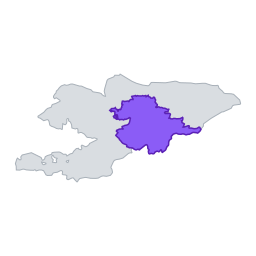 Naryn on a map of Kyrgyzstan (Albers equal-area conic projection)
{"feature_id": "KGZ-1118", "entity_name": "Naryn", "entity_type": "Region", "adm_level": 1, "iso_a3": "KGZ", "parent_name": "Kyrgyzstan", "parent_adm1": "", "projection": "albers", "projection_center": [75.468, 41.376], "detail": "fine", "context": "in_parent", "style": "filled", "palette": "violet", "viewbox_px": 256, "rotation_deg": 0, "n_neighbors": 0, "source": "natural_earth", "source_scale": "10m", "svg_char_len": 9164}
<svg xmlns="http://www.w3.org/2000/svg" viewBox="0 0 256 256"><path d="M51.9,152.9L52.6,152.5L54.7,152.2L59.1,152.0L60.5,152.4L63.4,154.3L65.7,154.2L66.1,154.4L66.9,156.0L70.2,153.9L72.5,153.3L73.7,151.2L76.3,148.6L78.4,148.3L78.4,148.7L78.8,149.1L80.9,149.8L81.5,149.1L81.9,148.2L81.2,146.6L81.2,146.0L82.0,145.1L85.3,146.6L86.1,146.6L87.6,145.9L89.1,144.5L89.6,143.4L96.7,139.9L97.2,139.3L97.1,138.8L94.2,137.8L92.9,138.3L91.7,138.2L91.0,137.7L87.5,137.4L86.7,137.0L84.5,134.2L81.6,132.5L80.2,132.5L78.5,133.1L78.0,132.8L78.0,130.3L77.7,128.8L76.7,128.4L75.4,129.0L71.9,128.0L71.6,124.8L70.4,122.0L68.6,120.9L68.6,119.2L68.0,118.5L67.4,118.6L66.7,119.4L66.9,121.3L66.6,123.1L66.1,124.0L65.3,124.7L64.4,124.6L62.8,123.6L62.3,129.2L62.0,129.5L60.1,128.6L58.5,128.9L56.3,128.4L54.6,127.4L51.3,126.2L49.8,125.1L49.0,121.3L48.1,120.0L47.3,119.6L43.7,120.7L40.2,118.2L38.4,117.6L37.9,116.9L38.1,116.1L43.8,112.3L46.2,109.5L47.6,108.4L51.1,107.3L52.1,104.8L52.4,104.5L55.9,103.4L60.0,101.3L60.1,100.7L59.7,100.1L56.3,97.8L54.5,98.7L53.5,97.4L53.5,96.2L54.8,94.1L55.9,93.1L56.4,91.0L57.9,89.7L59.4,87.6L61.3,85.9L64.6,84.7L66.4,85.3L68.2,85.0L70.9,84.0L72.5,84.0L79.3,86.0L81.5,86.1L86.8,88.5L90.9,89.7L92.9,91.8L99.5,92.9L101.3,93.6L102.0,94.6L103.8,95.9L105.5,96.3L104.2,91.2L104.8,88.3L107.1,80.3L108.2,79.1L113.7,76.9L114.9,75.2L118.8,75.3L119.6,75.0L120.1,74.1L132.0,81.3L136.5,83.3L142.8,85.1L148.2,85.8L149.1,85.3L151.2,82.5L152.2,82.4L165.5,82.8L174.9,81.2L176.3,81.3L179.8,82.7L191.0,83.0L195.5,83.8L202.4,83.3L205.4,83.3L210.7,85.1L212.6,85.5L216.1,85.6L217.4,85.3L218.2,85.7L219.0,88.2L222.5,91.2L223.7,92.9L225.0,93.5L231.3,93.8L233.6,94.3L239.7,100.0L240.6,103.5L240.1,104.3L234.0,105.1L232.6,105.7L231.2,108.3L223.1,111.9L221.9,111.9L211.0,118.4L203.5,123.8L203.3,126.2L198.9,131.9L195.5,132.7L192.7,132.6L187.9,134.4L181.9,134.0L179.8,134.1L175.8,133.4L174.2,133.9L172.5,135.0L170.2,139.5L169.3,140.6L168.8,141.6L168.5,143.7L167.6,146.0L165.7,149.5L164.0,151.2L162.4,152.2L161.1,150.1L159.0,151.6L157.1,151.3L155.9,151.7L153.2,153.6L149.2,153.5L148.7,152.9L147.9,147.8L147.2,145.4L146.6,144.9L145.9,144.8L140.2,148.8L137.5,149.5L135.3,149.6L132.5,148.4L131.8,148.7L131.3,149.3L131.1,150.2L132.0,152.4L131.7,152.9L130.4,152.8L128.6,153.3L123.0,158.0L119.5,159.1L116.3,159.6L114.3,160.4L113.2,162.1L111.0,166.9L111.0,167.9L111.9,169.2L112.5,172.1L112.3,172.9L110.5,175.3L108.3,175.9L106.5,176.3L103.2,175.9L101.4,176.3L98.2,178.1L95.6,178.4L90.6,178.3L85.8,177.4L84.2,177.6L79.8,178.5L78.3,180.2L77.5,181.7L77.0,181.9L75.4,180.4L73.3,177.9L72.2,177.9L68.2,179.7L67.7,179.6L66.6,178.8L66.9,175.7L65.7,175.0L63.0,174.7L62.2,174.0L62.6,172.0L62.3,171.2L61.6,170.6L60.3,170.7L57.4,172.2L54.2,172.7L53.1,173.1L51.7,175.3L47.4,175.5L46.0,174.9L43.6,170.7L41.5,170.0L39.2,170.0L36.1,170.9L35.4,169.9L34.6,169.7L33.8,170.3L30.1,170.2L26.3,169.9L24.1,169.2L22.7,169.2L19.8,170.1L16.3,170.0L16.2,166.2L15.4,163.6L16.7,159.4L17.4,158.1L19.8,159.9L20.8,159.7L21.1,158.9L20.8,156.9L22.2,155.0L31.4,152.7L41.1,157.5L42.3,160.2L43.2,160.1L44.6,159.0L45.2,156.8L47.2,155.6L51.6,154.3L51.9,152.9ZM56.5,162.5L56.7,162.1L56.1,160.1L57.2,158.3L55.2,157.9L54.2,157.3L53.1,155.4L52.7,155.3L52.1,155.8L51.7,157.0L51.9,158.3L53.3,159.7L52.5,162.2L55.5,162.7L56.5,162.5ZM46.0,163.8L45.9,163.2L45.3,162.9L41.5,162.0L41.6,162.5L43.0,164.6L44.1,164.7L46.0,163.8ZM68.5,161.5L68.7,160.3L66.5,160.9L66.2,161.5L66.9,162.3L67.9,162.6L68.5,161.5Z" fill="#d9dde1" stroke="#a8b0b8" stroke-width="1"/><path d="M201.0,129.2L200.5,130.3L200.2,130.7L200.0,131.1L198.0,132.9L197.6,133.1L197.2,133.0L196.4,132.7L193.7,132.4L193.0,132.4L192.3,132.7L189.6,134.2L189.3,134.3L189.0,134.3L187.9,134.3L186.4,134.8L185.8,134.8L184.0,134.0L182.9,133.8L182.2,133.9L181.0,134.3L178.5,134.1L177.9,133.9L176.8,133.4L176.2,133.3L174.0,133.8L173.2,134.2L172.7,134.7L172.4,135.2L171.7,135.7L171.4,136.1L171.2,136.6L171.2,137.1L171.4,137.6L171.5,138.2L171.3,138.7L171.0,139.1L170.2,139.5L169.5,140.1L169.0,141.0L168.7,141.9L168.6,144.7L168.5,145.1L168.3,145.5L167.2,146.4L166.7,147.2L166.0,149.1L165.6,149.9L165.0,150.5L163.3,151.6L162.6,152.3L162.3,152.4L162.0,152.1L161.6,150.4L161.4,150.0L160.8,149.8L160.2,150.5L159.6,151.4L158.9,151.8L158.5,151.7L157.8,151.3L157.4,151.2L156.9,151.2L155.0,152.1L154.8,152.5L154.5,153.0L154.2,153.4L153.8,153.7L153.4,153.8L152.9,153.8L151.6,153.4L151.1,153.4L150.7,153.5L149.7,153.9L149.3,153.9L148.9,153.5L148.7,153.1L148.4,151.9L148.4,151.4L148.5,150.8L149.0,150.1L148.9,149.6L148.7,149.3L148.2,148.8L147.9,148.4L147.8,147.9L147.7,146.4L147.3,145.3L146.7,144.7L146.0,144.7L145.1,145.2L140.6,148.8L139.9,149.1L139.8,149.5L139.6,149.8L139.2,149.9L138.5,149.4L138.1,149.2L137.6,149.3L136.6,149.8L136.0,149.9L135.3,149.7L134.5,149.4L132.8,148.1L132.3,147.9L131.9,147.9L131.8,148.0L131.3,147.8L129.7,147.8L129.3,147.8L129.0,147.7L128.6,147.2L127.1,146.9L126.8,146.7L126.7,146.6L126.9,146.0L126.9,145.5L126.7,145.1L126.5,144.9L126.2,144.7L123.4,143.6L123.0,143.4L122.2,142.7L121.8,142.3L121.3,141.5L119.9,140.0L119.4,139.6L119.2,138.8L119.0,138.3L118.3,137.9L116.1,135.8L115.8,135.3L117.6,133.1L117.9,132.7L116.4,131.2L116.6,130.4L116.8,130.2L117.4,130.2L117.6,130.1L117.9,129.7L118.6,129.5L119.2,129.1L120.2,129.1L121.9,128.8L122.7,129.1L123.1,128.9L122.9,128.6L122.3,127.6L122.0,126.9L122.0,126.7L122.3,126.4L123.9,125.9L124.8,125.4L126.7,125.1L128.2,124.4L129.1,123.3L129.2,123.0L129.5,122.3L129.9,120.7L130.1,119.2L130.4,118.4L130.4,118.2L129.6,117.6L129.2,117.6L128.8,118.1L128.6,118.3L126.0,119.3L125.7,119.4L125.1,119.2L124.7,119.2L124.5,119.3L124.1,119.7L123.7,119.9L123.4,119.9L122.9,119.6L121.8,119.5L120.8,119.5L120.3,119.6L119.7,119.9L118.9,119.3L118.6,119.2L118.2,119.1L117.8,119.1L117.2,119.3L116.7,119.3L116.3,119.1L115.8,118.6L115.4,118.4L114.9,117.9L114.5,117.7L114.1,117.8L113.7,116.8L113.5,116.5L113.4,116.3L114.0,115.8L114.3,115.7L115.2,115.8L115.6,115.9L116.0,116.1L116.3,116.5L116.4,117.1L116.3,117.7L116.4,117.9L116.7,118.1L117.3,118.3L117.6,118.4L117.8,118.3L117.5,115.9L117.4,115.4L117.3,115.0L116.5,114.8L115.6,114.7L114.9,114.5L114.8,114.4L114.9,112.4L114.9,112.0L114.7,111.6L113.8,111.2L113.1,111.5L112.6,111.1L111.8,110.8L111.9,111.1L111.8,111.4L111.5,111.7L111.3,111.8L111.1,111.7L110.7,111.4L110.2,110.8L109.8,110.4L109.7,110.3L109.8,110.2L110.3,110.1L110.5,110.0L110.8,109.6L111.2,108.9L111.4,108.6L113.8,108.4L114.1,108.4L114.5,108.3L115.3,107.6L115.5,108.0L115.7,108.4L116.1,108.9L116.3,109.3L116.5,109.5L116.8,109.7L117.0,109.7L117.6,109.5L117.8,109.6L117.9,109.8L117.8,110.6L117.8,110.9L117.9,111.2L118.1,111.2L118.3,111.0L118.5,110.1L118.8,109.7L119.5,109.3L120.2,109.7L120.6,109.6L120.8,109.4L120.9,109.2L121.0,109.0L121.0,108.6L121.0,108.2L121.7,107.4L121.8,107.2L121.7,106.3L121.9,105.9L122.0,105.6L122.3,105.3L122.7,104.9L122.8,104.8L122.6,104.5L122.4,104.4L121.9,104.3L121.9,104.0L121.8,103.7L122.3,101.2L122.6,101.1L123.1,101.1L123.9,101.2L124.4,101.5L128.0,101.0L128.4,101.0L128.6,101.1L128.7,101.5L128.9,101.5L130.2,99.7L130.6,99.5L132.2,99.4L132.9,99.6L133.0,99.6L133.1,99.2L133.0,98.9L132.1,97.4L131.7,96.4L131.9,96.3L134.8,95.8L135.1,95.7L135.3,95.5L135.7,95.6L136.2,96.3L136.9,96.0L137.2,95.7L137.5,95.6L138.3,95.9L141.4,96.0L142.2,95.8L142.4,95.6L142.7,95.6L143.7,96.0L143.9,96.0L145.4,95.6L145.8,95.5L146.0,95.7L146.1,95.9L146.1,96.7L146.5,96.6L147.5,95.9L147.9,95.5L148.2,95.3L148.3,95.6L148.6,96.6L149.3,96.8L150.2,97.2L150.4,97.4L150.8,98.1L152.5,98.2L152.8,98.1L153.1,97.8L153.4,97.2L153.7,97.2L154.3,97.3L154.6,97.6L154.7,97.9L154.8,98.7L154.8,98.8L155.2,99.1L155.4,99.4L155.6,99.9L155.6,100.2L155.2,101.3L155.1,102.0L155.2,102.3L155.7,102.5L155.8,102.6L155.9,102.8L155.8,103.2L155.9,103.4L156.0,103.5L156.9,104.1L157.3,104.6L157.3,104.8L157.3,105.2L157.2,105.5L157.1,105.8L156.5,106.4L156.1,106.7L155.9,106.9L155.8,107.2L155.9,107.3L156.0,107.4L156.3,107.5L156.6,107.5L158.2,107.0L158.8,106.8L159.2,107.0L159.7,107.4L160.2,107.6L161.2,107.4L162.1,107.6L162.6,107.9L163.2,108.2L164.8,108.2L165.1,108.3L166.8,109.1L167.4,109.4L167.9,109.5L168.5,109.2L168.8,109.3L168.4,110.2L168.2,110.8L168.1,111.4L168.0,111.6L167.9,111.7L167.3,111.8L166.0,111.7L165.4,111.8L164.9,112.1L164.6,112.7L165.0,113.1L165.1,113.4L165.2,113.5L167.9,113.5L168.3,113.5L168.7,113.2L169.3,113.4L169.8,113.6L170.3,114.0L170.4,114.3L170.3,114.9L169.9,115.7L169.8,116.1L169.7,116.7L169.6,117.0L169.0,118.1L168.9,118.2L169.0,118.3L169.9,118.1L170.0,118.1L170.4,118.3L170.6,118.7L170.7,118.8L171.9,118.9L172.4,118.9L172.8,118.8L173.4,118.5L173.9,118.4L175.3,118.5L176.5,118.8L180.1,118.6L180.6,118.4L181.2,118.0L182.2,117.7L182.5,117.4L182.9,117.9L182.8,119.1L182.7,119.7L182.3,120.7L182.0,120.9L181.6,120.8L181.9,121.7L182.0,122.6L182.3,122.8L183.4,123.3L184.1,123.7L184.3,123.9L184.4,124.0L184.3,124.3L183.9,124.9L183.9,125.4L183.6,126.4L183.1,127.0L183.8,127.1L187.1,126.1L187.8,125.8L188.7,125.7L189.0,125.8L189.2,126.0L189.3,126.1L189.3,126.4L189.0,127.0L188.9,127.3L188.9,127.6L189.0,127.9L189.1,128.0L189.3,128.1L189.5,128.1L191.5,128.1L194.1,128.7L195.6,128.6L196.5,128.5L197.0,128.4L197.9,127.8L198.7,127.3L199.0,127.1L199.4,127.2L199.8,127.4L199.9,127.6L200.4,128.7L200.6,128.9L201.0,129.2Z" fill="#8b5cf6" stroke="#5b21b6" stroke-width="1.5"/></svg>